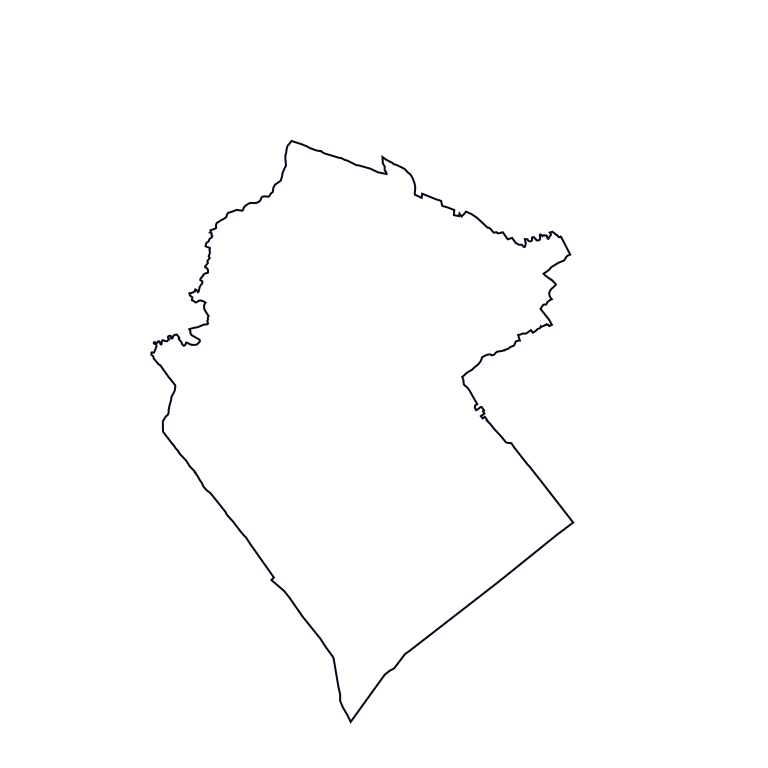 the district of Orlesti, Vâlcea, Romania, rotated 53°
{"feature_id": "2599482B88364464884635", "entity_name": "Orlesti", "entity_type": "district", "adm_level": 2, "iso_a3": "ROU", "parent_name": "Romania", "parent_adm1": "Vâlcea", "projection": "equal_earth", "projection_center": [24.217, 44.795], "detail": "fine", "context": "isolated", "style": "outline", "palette": "ink", "viewbox_px": 768, "rotation_deg": 53, "n_neighbors": 0, "source": "geoboundaries", "source_scale": "gbopen_adm2", "svg_char_len": 6165}
<svg xmlns="http://www.w3.org/2000/svg" viewBox="0 0 768 768"><g transform="rotate(53 384 384)"><path d="M633.8,614.0L616.6,558.4L616.4,552.5L617.2,546.9L612.3,529.7L612.5,524.1L610.9,410.8L608.5,337.0L608.5,316.3L558.1,317.0L536.5,317.5L534.9,317.8L512.6,318.2L507.9,317.9L506.0,320.2L504.1,321.7L495.0,322.1L485.8,323.1L479.7,323.2L475.1,323.9L475.1,323.3L470.9,323.2L470.9,325.9L467.9,326.0L468.1,321.6L465.3,321.3L465.4,320.0L461.1,319.9L460.6,320.7L460.6,325.0L460.3,326.2L457.3,325.6L456.0,324.0L456.2,321.7L440.7,319.6L437.1,319.6L433.5,320.4L432.2,320.4L428.2,318.0L425.4,317.3L425.4,315.2L424.9,311.4L425.6,305.1L425.2,302.2L425.0,296.8L424.0,293.2L423.1,291.5L421.7,289.8L421.8,288.7L422.5,284.8L423.5,282.5L424.6,281.1L426.1,280.5L426.9,278.5L426.5,277.1L426.2,274.4L429.0,269.1L429.2,267.6L429.8,267.3L429.8,265.7L430.6,263.7L430.6,260.3L431.5,257.3L431.2,256.4L429.3,253.1L430.2,250.7L431.1,249.4L425.6,247.4L426.9,244.4L427.1,242.9L429.0,240.6L429.3,238.8L429.4,234.2L432.7,234.2L432.9,231.6L432.7,229.0L432.5,228.2L433.2,226.0L433.0,225.2L432.3,224.1L433.0,224.0L433.9,220.4L434.1,218.2L435.0,218.3L435.6,217.2L437.2,217.2L437.8,214.3L433.5,213.6L430.8,213.5L418.5,213.8L418.4,213.4L418.1,213.4L416.7,209.8L416.8,208.4L418.0,207.0L418.1,206.5L417.0,204.4L416.8,201.4L417.3,199.0L416.2,199.1L413.2,198.7L410.8,197.4L409.5,195.3L408.9,193.7L408.3,187.5L408.1,186.9L407.1,186.7L401.4,187.5L401.4,187.8L394.1,190.0L391.9,190.2L392.2,185.8L392.0,182.3L391.6,181.3L391.4,179.6L392.2,171.6L393.7,166.1L393.3,164.3L392.1,161.7L392.1,159.5L392.7,157.4L373.0,154.0L372.5,154.2L372.6,155.2L371.8,156.1L369.7,156.1L367.9,156.9L366.3,157.1L363.8,157.9L362.8,160.5L364.6,160.5L365.5,160.9L365.8,163.0L366.8,164.6L366.9,165.5L366.6,165.8L366.1,165.8L365.1,165.2L363.1,164.8L362.7,165.9L361.3,166.7L361.3,168.5L359.9,168.6L358.6,169.2L358.5,169.6L358.8,170.0L360.6,170.9L362.0,172.0L362.5,173.0L362.5,173.7L361.1,175.8L360.1,175.5L358.4,176.0L357.4,175.7L356.4,176.6L356.1,177.2L356.1,177.7L358.4,179.3L358.3,181.1L357.5,182.0L356.4,182.5L354.8,182.3L354.3,183.1L353.5,183.6L353.0,184.3L356.4,185.8L357.4,186.6L359.1,188.6L359.2,189.0L359.1,189.5L358.3,189.9L355.8,190.2L353.9,192.5L351.9,193.2L351.1,193.9L344.4,193.8L342.9,198.1L334.3,197.8L332.5,202.1L331.9,202.6L330.3,202.9L329.5,204.9L329.1,205.3L324.3,205.6L322.3,206.1L321.8,207.0L321.4,207.2L307.1,209.7L301.2,211.8L295.7,214.7L296.4,217.6L296.9,221.3L293.4,221.2L295.1,223.0L291.2,226.6L287.4,223.2L281.3,226.9L276.8,230.3L272.1,228.2L268.1,231.1L255.0,239.0L258.0,241.9L251.4,245.4L250.1,244.6L247.2,241.8L244.9,240.2L242.3,238.9L237.5,237.4L234.5,236.9L232.1,236.8L229.6,237.6L224.9,238.1L222.5,239.1L216.2,242.4L214.3,244.0L212.8,244.1L205.9,247.4L201.8,248.6L207.2,252.2L210.9,252.6L213.4,254.7L216.7,254.9L217.8,255.6L211.2,261.5L204.0,265.2L195.1,271.9L192.3,274.5L183.8,278.7L181.3,280.5L178.0,282.1L176.1,283.9L164.4,292.5L161.2,294.1L160.3,293.9L157.9,296.5L154.4,299.1L153.1,299.7L151.4,301.0L148.0,302.5L143.2,305.3L134.2,311.7L135.5,316.1L135.6,317.2L136.1,318.3L138.9,321.6L140.0,322.4L142.2,325.3L144.7,327.2L150.1,330.5L150.8,331.2L151.8,333.4L154.6,338.3L156.5,340.1L159.3,343.8L159.5,345.6L159.2,350.9L159.9,352.7L160.9,354.6L162.6,356.0L163.8,357.5L163.8,359.6L165.0,362.9L164.6,364.0L162.7,365.9L161.4,367.9L161.2,368.7L161.5,369.7L163.0,372.5L163.2,374.0L162.8,376.4L161.3,379.0L159.1,381.5L158.8,382.2L158.4,384.1L158.3,388.1L159.2,390.6L160.2,391.9L160.3,392.9L156.2,397.0L155.1,401.2L153.5,405.6L154.4,407.8L155.8,409.4L155.7,412.8L155.1,415.6L155.0,418.4L154.7,420.7L156.1,422.7L158.4,424.2L158.1,426.2L156.8,430.1L158.1,430.7L158.3,431.8L159.4,430.9L160.1,431.1L161.2,432.1L162.6,432.1L163.3,433.8L163.1,435.9L164.4,438.1L164.6,439.1L164.4,440.9L166.5,443.6L167.3,443.3L170.5,441.2L170.9,441.4L172.2,443.0L173.5,443.3L174.0,443.7L175.6,445.6L176.5,447.2L178.5,447.4L179.5,451.0L179.8,451.3L181.2,451.7L181.5,452.3L182.4,455.9L182.8,456.5L185.0,455.8L186.4,455.8L187.1,456.0L189.1,457.5L189.2,457.8L188.2,459.8L188.0,461.6L188.3,462.4L188.2,463.0L188.8,463.7L189.0,465.3L189.7,467.6L190.7,468.2L192.5,467.3L193.7,467.9L194.5,469.3L194.7,470.7L195.8,473.1L197.9,475.4L198.8,476.9L198.6,477.4L197.7,477.1L196.1,477.2L194.9,477.7L195.0,478.2L195.9,478.7L196.3,479.4L195.2,484.1L194.3,484.6L194.3,484.9L196.6,485.7L199.4,484.9L201.5,487.0L202.9,486.1L205.6,485.4L206.0,483.5L206.2,481.5L206.8,480.3L209.0,478.6L211.6,477.5L212.7,480.2L215.7,482.3L218.1,482.8L224.3,483.2L224.7,484.5L226.5,485.8L227.5,487.4L229.7,488.0L230.0,488.8L229.3,490.4L228.2,492.0L226.6,498.4L224.8,501.9L223.0,506.5L225.5,506.9L226.8,508.0L229.1,508.3L237.3,504.8L238.4,504.8L239.3,505.7L239.9,509.6L239.3,510.9L236.9,514.2L232.0,516.8L231.9,517.3L232.9,518.5L233.3,520.4L233.1,520.8L231.3,521.3L228.8,520.7L224.3,520.7L223.7,519.6L219.9,519.7L218.7,521.7L219.0,523.8L220.2,525.3L220.1,525.9L219.2,526.1L217.3,525.4L216.4,526.2L216.1,527.7L216.5,528.3L217.0,528.7L217.4,528.7L218.5,528.1L219.2,528.6L219.0,530.2L219.3,531.3L219.1,531.9L217.7,533.3L216.1,534.0L215.7,534.5L216.6,536.0L218.2,537.5L218.3,538.2L217.7,538.5L215.2,537.7L214.6,537.8L214.0,538.9L214.0,539.1L214.7,539.8L214.2,541.2L213.9,541.7L212.8,541.7L212.3,542.6L212.6,543.2L213.1,543.4L215.3,542.1L216.2,542.5L217.3,543.4L220.4,548.5L220.3,549.3L219.0,550.3L219.0,550.8L219.3,551.2L220.4,552.0L220.9,552.2L222.9,551.6L223.7,551.8L225.0,552.6L233.1,552.1L234.4,551.4L248.6,551.8L259.4,551.5L260.6,552.3L263.3,555.1L264.3,556.9L266.0,560.7L266.8,562.0L268.6,563.6L272.9,569.3L274.1,570.2L274.8,571.4L277.0,573.0L277.8,573.9L278.4,574.9L278.7,578.2L280.8,583.1L286.1,587.1L289.3,589.2L304.0,589.1L306.3,588.8L309.8,589.1L314.1,588.7L314.7,589.0L318.3,589.0L326.2,588.1L333.0,588.7L339.2,587.9L341.2,587.9L341.1,588.3L345.5,588.3L349.7,588.9L353.3,589.0L357.0,589.9L361.3,589.7L363.4,589.3L365.2,588.6L368.0,588.2L390.8,587.6L394.5,588.2L402.3,587.4L416.0,587.3L421.9,586.9L423.0,586.5L431.0,587.1L472.2,588.4L472.8,591.9L489.5,588.3L498.2,588.1L520.9,589.0L549.4,588.1L558.7,588.8L570.7,589.0L572.7,589.3L598.7,602.8L604.8,605.5L606.1,606.2L610.6,609.7L617.7,611.5L627.2,612.6L633.8,614.0Z" fill="none" stroke="#020617" stroke-width="2"/></g></svg>